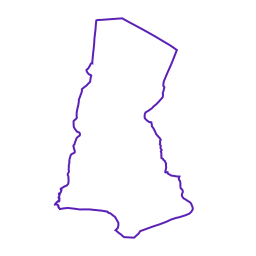 Dogiyai, Papua, Indonesia, rotated 93°
{"feature_id": "22746128B76462588476684", "entity_name": "Dogiyai", "entity_type": "district", "adm_level": 2, "iso_a3": "IDN", "parent_name": "Indonesia", "parent_adm1": "Papua", "projection": "equal_earth", "projection_center": [135.829, -3.999], "detail": "fine", "context": "isolated", "style": "outline", "palette": "violet", "viewbox_px": 256, "rotation_deg": 93, "n_neighbors": 0, "source": "geoboundaries", "source_scale": "gbopen_adm2", "svg_char_len": 5205}
<svg xmlns="http://www.w3.org/2000/svg" viewBox="0 0 256 256"><g transform="rotate(93 128 128)"><path d="M237.2,126.2L237.2,122.6L237.2,121.6L237.2,116.2L233.1,112.1L233.0,111.9L230.4,110.5L227.5,103.7L225.1,98.0L223.0,92.6L222.8,92.0L219.7,84.9L217.2,80.3L215.3,75.3L214.4,72.1L212.5,67.0L212.2,66.2L210.3,62.2L209.5,61.5L208.8,60.8L208.0,60.2L206.5,59.4L205.6,59.0L203.3,59.5L202.2,60.1L200.4,60.9L200.0,61.2L199.0,62.1L197.7,64.5L196.4,66.7L195.3,68.9L193.7,70.2L192.3,70.8L190.8,70.5L188.9,69.9L187.5,70.2L186.6,70.7L185.6,72.1L184.2,72.5L182.5,72.7L180.3,72.8L178.3,73.2L177.3,74.2L175.8,74.7L173.8,74.1L173.8,76.8L173.5,79.5L173.2,82.4L172.1,84.5L171.4,85.8L170.0,86.2L170.1,87.2L170.5,87.8L170.3,88.4L169.4,88.5L166.9,88.0L165.3,87.8L163.2,88.2L161.4,88.1L160.6,88.8L159.5,89.1L158.5,90.1L158.0,91.0L157.0,91.5L156.3,93.0L154.5,93.2L151.2,93.4L149.7,94.0L148.3,93.2L147.4,93.8L146.3,94.5L143.9,94.4L142.6,95.4L141.1,95.0L139.4,95.4L138.1,94.7L136.5,95.7L134.8,97.5L132.7,99.5L129.9,100.9L126.8,102.7L125.2,104.1L123.1,104.5L121.1,105.0L120.9,107.3L119.3,109.7L117.3,111.8L115.7,112.0L113.6,112.0L111.5,111.3L109.9,108.8L107.1,105.2L104.7,103.2L103.2,101.4L100.3,98.8L95.5,95.0L92.9,94.7L91.3,95.2L89.2,94.5L85.3,93.8L83.9,95.0L79.9,94.8L76.0,93.4L70.5,91.4L62.2,88.2L55.5,85.9L47.6,83.3L45.3,86.9L42.8,91.1L40.9,94.8L35.7,104.6L31.2,113.6L26.1,124.2L22.4,132.1L19.3,138.5L18.8,139.4L19.5,145.3L20.4,152.4L21.3,159.5L21.8,164.2L22.3,165.3L26.4,165.5L31.2,165.6L35.8,165.9L40.5,166.2L45.1,166.2L49.9,166.4L54.6,166.7L59.2,166.9L63.8,167.1L65.3,167.0L65.2,167.4L65.2,167.7L65.2,167.9L65.3,168.1L66.1,168.6L67.2,169.1L68.1,169.4L68.6,169.8L69.2,170.2L69.8,170.4L70.3,170.6L70.8,171.0L71.5,171.9L72.2,172.5L72.7,172.5L74.0,171.9L75.0,171.2L76.0,170.3L76.5,169.7L76.9,168.5L77.2,167.7L77.5,167.5L77.9,167.4L78.7,167.7L79.7,167.9L80.7,168.0L81.9,168.1L83.1,168.2L83.8,168.2L84.3,168.7L85.2,169.4L86.0,170.2L87.1,171.1L88.2,172.1L89.2,173.5L90.5,174.8L91.1,175.6L91.7,176.1L92.6,176.1L93.6,175.9L94.4,176.1L95.7,176.5L96.7,176.8L97.6,177.1L99.2,177.5L101.1,178.2L101.8,178.4L103.1,178.6L103.8,178.5L104.1,178.5L105.4,178.6L107.2,178.8L109.0,179.0L110.7,179.5L112.3,179.6L113.7,179.9L115.1,180.0L117.2,180.0L118.6,180.0L119.8,179.7L120.4,179.6L121.5,180.3L122.4,181.2L123.2,182.1L123.8,182.6L124.4,182.7L125.1,182.6L126.1,182.6L127.3,182.5L128.6,182.4L130.1,182.0L131.6,181.0L133.0,179.9L134.3,178.8L134.7,177.5L135.1,176.5L135.4,176.1L136.3,175.7L137.2,175.6L137.5,175.7L138.1,175.9L138.8,176.8L139.3,177.5L140.0,178.1L140.8,178.8L141.5,179.1L142.9,179.4L144.2,179.9L145.5,180.3L146.9,180.5L148.1,181.4L149.2,181.6L149.9,181.2L151.0,181.0L151.9,180.7L152.1,180.6L152.4,180.5L152.7,180.3L153.5,180.0L154.9,179.9L155.5,180.2L156.1,181.2L156.7,182.4L157.3,183.2L158.0,183.7L159.4,184.1L160.3,184.3L160.6,184.4L162.8,184.8L164.2,184.9L165.2,184.7L166.3,184.8L168.0,185.1L168.3,185.1L169.3,185.2L170.2,185.0L171.7,185.1L172.4,185.1L173.9,184.8L174.6,184.7L175.8,185.1L176.4,185.4L177.0,185.7L177.5,185.8L177.9,185.8L179.0,185.2L179.5,185.0L179.8,184.9L180.9,184.9L182.3,184.7L182.5,184.7L184.0,184.6L185.7,184.6L187.2,185.0L188.3,185.8L189.2,187.2L189.4,187.8L189.5,187.9L189.6,188.0L189.7,188.5L189.9,188.7L190.1,189.0L190.3,189.2L190.6,189.7L190.7,189.8L190.9,190.1L191.2,190.6L191.4,190.8L191.6,191.2L191.8,191.6L192.0,191.8L192.2,192.0L192.5,192.0L192.7,191.9L192.8,191.7L193.0,191.2L193.5,191.2L193.7,191.5L194.0,191.6L194.5,191.6L194.8,191.5L195.0,191.5L195.4,191.7L195.6,191.8L195.8,191.9L196.0,192.0L196.3,192.2L196.5,192.3L196.7,192.7L196.8,193.1L196.9,193.3L197.0,193.4L197.1,193.5L197.5,193.5L197.5,193.4L197.6,193.0L197.7,192.8L197.8,192.8L198.0,192.7L198.2,192.8L198.6,193.1L198.8,193.1L199.0,193.0L199.3,193.0L199.7,193.1L200.2,193.3L200.3,193.4L200.5,193.5L200.8,193.7L201.0,193.7L201.3,193.6L201.5,193.6L201.7,193.4L201.7,193.1L201.7,192.9L201.8,192.7L202.0,192.7L202.4,192.7L202.5,192.7L202.7,192.8L202.9,192.9L203.0,193.0L203.3,193.1L203.5,193.1L203.7,192.9L203.8,192.8L204.0,192.7L204.3,192.7L204.6,192.8L204.8,192.9L205.0,193.1L205.0,193.3L204.9,193.6L204.8,193.8L204.8,194.1L204.9,194.3L205.1,194.4L205.3,194.6L205.4,194.8L205.5,194.9L205.6,195.0L205.9,195.1L206.2,195.5L206.7,195.9L206.9,196.1L207.0,196.2L207.3,196.3L207.6,196.4L207.8,196.6L208.0,196.7L208.2,197.0L208.3,197.0L208.3,196.9L208.2,196.8L208.1,196.6L207.9,196.3L207.9,196.1L207.9,195.9L208.0,195.7L208.2,195.4L208.2,195.2L208.2,194.9L208.3,194.7L208.4,194.4L208.4,194.2L208.5,194.0L208.7,193.8L208.8,193.7L209.1,193.5L209.3,193.5L209.6,193.5L209.8,193.6L210.0,193.6L210.3,193.6L210.5,193.4L210.7,193.1L210.8,193.0L211.1,192.9L211.4,192.8L211.4,192.7L211.5,192.7L211.8,192.4L212.0,192.2L212.3,191.9L212.5,191.8L212.5,191.7L211.8,188.8L211.0,184.2L211.2,180.4L211.5,175.9L211.9,172.0L211.6,167.9L211.3,162.6L211.5,158.4L211.7,154.7L211.8,152.8L211.9,150.1L212.0,149.3L212.2,147.9L212.3,146.9L212.5,145.7L212.4,145.7L212.5,145.2L212.5,144.5L212.8,143.8L213.4,143.5L213.8,142.8L214.2,141.0L215.9,138.7L217.7,136.1L220.0,134.7L223.1,132.7L224.9,132.5L226.5,132.6L228.4,133.0L229.5,134.0L230.3,134.6L230.8,135.1L231.4,134.1L233.3,131.7L234.6,129.5L236.2,127.7L237.2,126.2Z" fill="none" stroke="#5b21b6" stroke-width="2"/></g></svg>